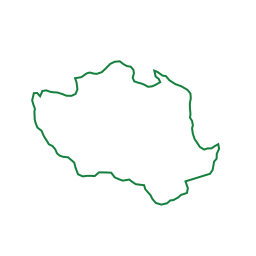 the district of Sarutaiá, São Paulo, Brazil, rotated 138°
{"feature_id": "56859067B35433885833461", "entity_name": "Sarutaiá", "entity_type": "district", "adm_level": 2, "iso_a3": "BRA", "parent_name": "Brazil", "parent_adm1": "São Paulo", "projection": "orthographic", "projection_center": [-49.482, -23.259], "detail": "fine", "context": "isolated", "style": "outline", "palette": "green", "viewbox_px": 256, "rotation_deg": 138, "n_neighbors": 0, "source": "geoboundaries", "source_scale": "gbopen_adm2", "svg_char_len": 1609}
<svg xmlns="http://www.w3.org/2000/svg" viewBox="0 0 256 256"><g transform="rotate(138 128 128)"><path d="M174.7,216.9L177.6,214.8L180.7,212.7L182.6,208.8L184.3,204.6L186.8,202.6L189.1,199.7L191.6,196.8L193.4,193.3L195.0,189.0L194.1,183.7L195.8,178.9L196.5,175.5L197.0,172.2L197.7,168.9L196.2,165.2L196.3,160.9L197.7,156.7L197.3,153.2L195.4,149.9L192.2,146.4L191.6,142.3L191.1,138.3L193.5,133.6L194.8,130.5L196.1,127.0L194.0,122.3L190.5,119.9L187.6,117.3L185.0,114.6L179.2,114.4L173.7,109.3L170.4,106.0L170.9,100.2L168.9,95.7L167.0,92.3L161.5,88.8L161.0,85.6L159.8,81.0L154.3,74.7L156.1,71.0L156.2,66.9L156.2,63.1L157.3,59.2L157.5,53.7L154.4,48.7L149.3,45.9L145.0,45.9L142.4,44.0L137.1,42.8L133.4,42.8L127.7,40.3L123.8,43.2L121.0,49.9L97.7,39.1L93.2,40.2L89.3,43.2L86.6,45.4L82.7,45.9L79.3,49.4L74.1,51.7L71.8,55.6L75.7,56.5L79.6,57.0L82.5,59.6L85.8,61.0L87.3,65.8L86.4,71.2L86.0,74.9L83.6,80.5L80.6,84.9L78.0,86.6L75.7,90.3L75.0,94.2L72.3,96.5L68.7,101.3L65.4,105.1L61.5,108.0L58.5,111.9L58.3,116.6L60.4,123.2L63.4,128.8L65.3,135.8L65.1,141.2L67.3,143.9L68.6,150.1L70.1,153.0L73.0,147.8L72.3,143.9L73.4,140.5L78.8,141.7L82.2,142.8L85.5,145.2L86.9,149.3L88.4,152.3L90.5,155.4L92.1,158.5L90.9,162.2L87.0,164.7L85.0,167.7L85.0,171.8L87.4,174.8L88.7,178.7L89.5,183.1L93.7,186.2L98.3,187.5L105.9,187.1L110.1,187.0L115.1,189.2L117.2,191.6L119.3,194.8L122.1,196.2L128.7,197.0L134.0,200.4L135.9,196.0L139.7,190.6L144.2,188.4L148.4,189.7L152.1,193.1L154.1,197.2L156.8,201.7L159.3,204.2L161.5,206.8L163.5,210.6L166.8,212.8L172.1,210.4L172.1,214.8L174.7,216.9Z" fill="none" stroke="#15803d" stroke-width="2"/></g></svg>